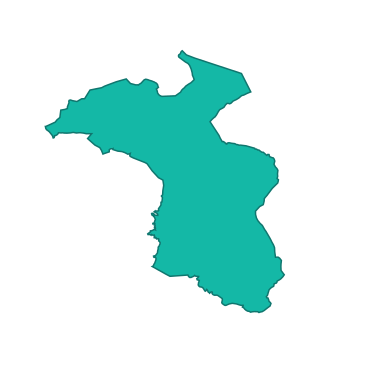 Tudun Wada, Kano, Nigeria, rotated 242°
{"feature_id": "59680162B84327981884458", "entity_name": "Tudun Wada", "entity_type": "district", "adm_level": 2, "iso_a3": "NGA", "parent_name": "Nigeria", "parent_adm1": "Kano", "projection": "natural_earth1", "projection_center": [8.54, 11.305], "detail": "fine", "context": "isolated", "style": "filled", "palette": "teal", "viewbox_px": 384, "rotation_deg": 242, "n_neighbors": 0, "source": "geoboundaries", "source_scale": "gbopen_adm2", "svg_char_len": 5952}
<svg xmlns="http://www.w3.org/2000/svg" viewBox="0 0 384 384"><g transform="rotate(242 192 192)"><path d="M252.8,290.9L273.4,291.3L308.9,257.3L315.7,251.4L321.3,249.7L321.2,248.9L320.7,247.8L319.6,246.7L319.3,244.7L318.5,243.9L317.4,243.7L316.0,244.3L309.9,247.2L307.4,248.8L304.9,249.3L301.0,249.0L297.1,248.1L294.9,247.2L292.4,247.0L290.2,246.7L289.4,244.1L288.9,242.1L288.9,240.3L288.7,238.4L288.4,236.0L287.6,234.2L287.4,232.8L286.7,230.6L285.5,228.8L284.7,222.5L290.6,210.2L292.4,208.8L293.8,208.3L294.8,208.2L295.1,208.1L295.3,208.1L295.5,208.1L295.8,208.2L296.1,208.3L296.5,208.4L298.1,208.8L299.7,208.9L299.8,209.8L300.2,211.5L301.1,211.5L302.5,211.9L303.3,212.0L304.0,211.8L304.9,211.6L305.7,211.0L306.9,210.3L307.9,209.4L308.8,208.7L309.6,207.9L310.4,207.0L311.5,206.1L312.4,205.2L313.3,204.1L313.5,202.5L312.8,200.4L312.3,199.0L312.0,198.1L311.9,195.9L311.6,195.0L312.2,194.2L313.0,192.6L316.7,188.6L322.7,187.0L324.9,176.8L326.1,167.7L326.5,164.3L326.5,161.2L327.0,159.5L328.1,155.9L329.9,149.8L324.8,141.0L326.1,138.3L325.9,132.9L328.8,129.3L330.2,128.0L330.6,126.7L330.1,125.9L328.7,125.4L325.6,121.9L324.2,121.2L324.6,118.6L325.9,114.6L319.8,110.3L319.1,106.7L317.9,104.0L318.5,93.9L318.6,93.5L318.7,93.3L317.7,93.1L317.5,92.9L316.5,92.7L316.1,92.8L315.5,92.8L315.3,92.8L315.2,92.9L314.9,93.0L314.7,93.1L314.4,93.3L312.1,94.3L307.3,95.2L304.9,94.8L304.7,95.5L304.9,96.0L305.7,96.7L306.3,97.1L306.0,97.6L305.9,98.5L305.9,99.8L306.3,101.0L307.0,101.9L306.5,102.7L305.6,104.2L305.0,105.6L304.2,106.6L302.7,109.2L301.3,112.3L300.4,115.1L298.4,117.6L297.4,120.0L296.8,121.2L295.0,123.8L293.1,126.0L290.6,130.8L288.2,124.9L279.0,128.3L274.5,131.4L271.3,131.6L267.3,131.2L267.3,131.6L266.3,137.8L268.2,138.8L268.3,139.7L268.4,140.3L267.9,141.4L267.4,142.3L267.4,142.6L266.6,142.1L263.0,145.6L260.5,149.2L258.3,151.2L255.4,153.2L255.4,153.9L255.2,154.4L255.1,155.6L254.9,155.4L254.7,155.3L254.5,155.1L254.2,154.9L254.0,154.6L253.8,154.4L253.7,154.3L252.9,154.2L252.5,154.1L249.7,156.1L240.1,164.3L238.1,165.6L229.2,166.8L220.4,169.1L216.2,171.9L211.1,170.1L207.0,167.0L203.3,164.7L202.8,163.1L201.0,163.3L199.5,162.3L197.3,160.7L197.5,159.8L195.1,158.5L194.2,157.0L193.6,155.7L192.9,154.5L191.3,153.9L191.1,153.1L191.6,152.4L192.0,151.4L191.9,150.5L192.6,150.6L192.3,149.3L191.0,150.1L189.4,151.3L188.1,151.2L187.4,150.8L188.9,148.5L189.5,148.0L190.2,148.2L191.1,147.8L192.0,146.8L191.8,146.1L191.1,146.0L190.1,145.9L189.3,147.0L188.4,146.5L187.7,147.1L184.8,146.7L183.7,145.2L182.8,144.7L182.5,144.1L182.7,142.7L182.1,142.5L181.7,143.7L181.4,144.3L180.8,143.9L180.5,143.3L180.0,143.7L179.4,143.6L179.0,142.9L178.7,142.4L178.1,142.1L177.8,142.9L177.1,142.7L177.0,142.1L175.8,141.9L176.5,141.4L176.7,140.3L176.6,139.3L176.8,138.4L176.8,137.8L177.2,137.2L177.1,136.7L176.3,136.5L176.0,135.5L176.1,134.3L175.8,133.2L175.0,133.2L174.6,134.2L173.8,135.2L173.0,135.6L173.5,136.3L172.2,137.2L171.7,138.5L170.9,138.3L170.3,138.1L170.1,137.4L169.7,137.3L169.3,137.2L169.1,138.1L168.6,138.1L168.3,138.8L167.6,138.6L166.9,138.9L167.0,139.5L166.5,140.5L166.1,140.6L165.0,140.0L164.5,139.6L163.6,140.0L162.2,140.1L161.1,139.3L160.3,138.2L159.6,137.5L159.4,136.6L158.5,135.8L157.5,135.4L156.7,134.5L156.0,133.9L155.3,133.5L154.2,132.6L153.6,131.0L152.6,129.5L153.3,128.9L153.4,128.3L152.6,128.5L152.6,127.7L152.1,127.8L151.8,128.6L151.1,128.9L150.7,129.2L149.9,128.9L149.0,128.2L147.9,127.0L146.7,125.7L146.2,124.7L145.5,123.8L145.0,123.4L144.9,122.6L144.9,121.9L131.7,130.4L127.9,133.0L120.6,149.4L118.9,149.3L117.5,150.0L117.0,151.1L116.8,154.2L117.1,155.2L116.2,155.5L115.5,156.4L114.3,158.2L113.6,157.4L113.3,155.6L112.1,155.3L110.5,156.9L109.8,156.3L109.0,155.3L108.1,154.7L107.6,154.2L106.7,153.8L105.7,153.9L104.7,154.3L104.1,155.1L103.4,156.0L102.4,156.6L100.7,156.8L98.9,156.9L98.2,157.1L98.2,158.0L98.8,158.6L99.1,159.3L98.6,159.4L98.1,159.4L97.4,159.5L96.3,159.3L95.4,159.6L95.0,160.2L94.4,160.1L94.5,160.6L94.8,161.5L94.5,162.7L93.6,162.7L93.1,162.1L92.1,162.2L91.2,162.6L90.1,163.7L89.6,165.0L88.6,166.2L87.4,166.8L85.8,167.6L83.8,168.6L82.5,168.2L81.5,167.3L80.4,166.4L79.4,166.3L78.5,166.7L77.3,167.3L76.5,167.8L76.0,168.7L75.7,172.2L74.8,175.3L72.4,178.6L69.8,181.1L68.3,182.9L68.1,183.9L67.4,183.8L66.7,182.5L65.4,183.3L63.7,183.6L62.0,184.3L60.7,185.2L59.7,186.5L58.4,187.3L57.9,189.1L57.2,190.8L56.1,192.7L55.4,193.9L54.2,194.5L53.9,196.2L53.4,197.7L53.5,200.2L54.3,204.5L54.7,207.4L56.5,209.4L57.7,209.3L59.2,208.7L61.0,209.1L62.8,209.3L63.4,208.4L64.7,208.5L65.4,210.2L67.3,212.0L69.5,214.2L70.2,216.4L70.4,217.9L70.4,219.8L71.2,220.5L72.4,221.5L72.0,223.7L72.3,224.4L73.4,225.4L73.4,227.8L73.6,229.6L74.5,232.4L75.6,234.6L80.9,233.8L84.3,235.4L86.7,236.8L88.4,238.0L89.6,238.8L92.4,238.3L94.1,237.4L94.7,236.1L95.2,235.1L100.2,236.9L104.0,238.7L105.3,238.9L107.1,239.1L110.5,239.0L112.3,239.1L114.8,239.1L122.6,238.8L124.8,238.5L129.5,238.4L132.6,237.3L133.9,237.1L135.7,236.7L136.7,236.7L138.8,236.7L142.4,237.6L145.3,239.1L147.4,245.0L147.4,249.0L150.2,251.5L152.2,252.7L152.3,253.1L152.5,253.3L153.9,256.9L154.3,257.7L157.5,264.5L159.7,271.9L161.1,273.2L162.3,274.1L163.9,273.4L165.6,275.0L167.9,276.0L170.8,278.0L172.8,278.0L175.1,277.4L178.0,277.4L180.4,279.6L182.4,280.0L183.9,279.8L184.9,278.7L186.8,277.1L188.9,277.6L189.6,276.6L189.3,275.2L193.6,273.6L194.4,272.3L196.2,271.4L197.6,270.8L198.4,269.6L199.5,269.2L200.3,267.9L201.2,267.9L203.0,266.0L207.4,261.4L210.5,257.0L211.4,255.3L212.4,254.6L212.8,253.7L214.6,252.5L216.4,249.9L217.9,248.1L218.4,247.1L218.6,245.9L218.2,245.6L218.0,245.3L218.2,245.0L218.7,244.6L219.5,244.3L220.2,244.3L221.4,243.6L222.0,243.2L222.3,242.3L223.2,242.3L226.2,242.2L229.4,242.4L245.6,240.9L246.6,243.4L247.3,246.0L247.5,247.6L248.6,249.9L250.3,252.5L251.7,255.0L251.7,258.1L251.8,260.0L253.1,262.3L253.8,264.5L253.1,265.8L252.2,266.7L252.1,268.1L253.0,271.1L252.8,274.6L253.0,277.6L253.8,281.1L253.3,283.2L253.2,287.0L252.8,290.9Z" fill="#14b8a6" stroke="#0f766e" stroke-width="1.5"/></g></svg>